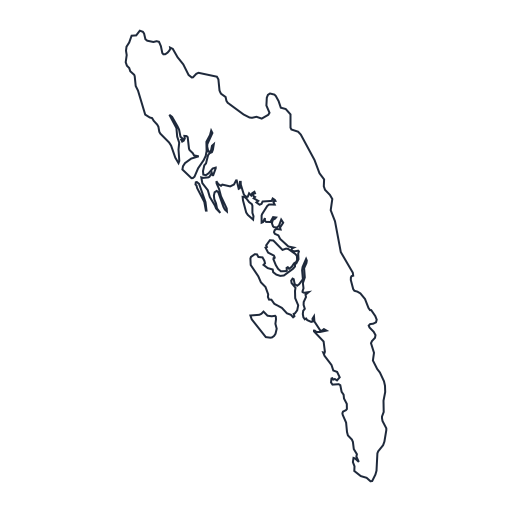 an SVG outline of Rakhine
{"feature_id": "MMR-3273", "entity_name": "Rakhine", "entity_type": "State", "adm_level": 1, "iso_a3": "MMR", "parent_name": "Myanmar", "parent_adm1": "", "projection": "robinson", "projection_center": [93.662, 19.414], "detail": "fine", "context": "isolated", "style": "outline", "palette": "slate", "viewbox_px": 512, "rotation_deg": 0, "n_neighbors": 0, "source": "natural_earth", "source_scale": "10m", "svg_char_len": 6081}
<svg xmlns="http://www.w3.org/2000/svg" viewBox="0 0 512 512"><path d="M163.4,54.3L165.3,54.2L167.6,52.6L169.4,50.5L170.3,48.7L170.1,47.6L172.8,48.9L177.6,57.3L183.3,64.4L188.6,75.0L191.8,77.5L193.0,77.3L196.3,73.8L198.5,72.8L216.9,76.7L218.4,79.4L219.5,90.5L220.3,92.4L221.1,93.8L225.6,97.0L226.4,100.8L227.7,102.8L243.6,114.5L249.5,117.5L252.0,117.8L256.5,116.8L261.7,118.6L268.3,114.8L269.5,112.8L266.4,105.5L266.8,97.7L267.9,94.9L270.0,93.5L274.4,94.6L275.8,96.0L278.6,101.1L280.8,107.7L285.7,109.0L290.5,114.4L290.5,127.7L291.4,129.5L298.1,131.7L300.8,134.6L314.5,160.0L319.5,173.3L324.1,179.4L323.8,186.3L325.0,189.8L329.9,194.9L332.3,199.0L330.7,210.2L335.0,221.3L340.8,252.1L352.8,272.7L353.2,275.7L351.6,276.1L350.9,277.4L350.8,280.0L353.2,289.1L354.4,290.8L357.3,291.6L360.4,293.4L365.0,299.0L368.5,308.0L370.0,310.1L371.2,310.1L375.3,316.1L376.7,319.7L376.0,322.3L373.2,323.7L370.1,324.1L368.7,325.6L369.5,327.5L373.7,331.8L375.5,335.1L375.0,337.8L372.0,341.0L371.0,343.2L374.0,352.8L372.9,360.5L377.2,369.0L379.9,372.5L384.0,381.3L385.0,385.8L385.2,392.0L383.5,400.7L383.7,412.0L382.0,416.5L382.0,418.2L382.5,421.0L386.3,428.3L386.3,430.2L384.4,441.6L383.1,445.2L378.2,451.3L377.4,453.3L376.5,470.7L375.4,474.6L372.2,481.0L370.5,481.3L366.6,477.8L360.8,476.1L354.3,471.0L354.5,466.3L352.9,462.1L353.5,457.9L355.1,458.5L358.8,461.9L356.4,456.6L356.9,454.2L353.8,449.1L352.9,441.9L351.9,439.6L347.9,435.4L347.0,432.0L346.1,422.6L342.7,414.8L342.4,413.2L343.0,411.6L345.9,410.2L346.9,409.0L346.8,403.9L344.0,398.5L343.6,394.7L341.6,391.8L340.3,385.2L338.7,384.2L332.5,384.6L331.0,382.4L331.5,378.5L332.3,378.2L333.3,379.6L334.8,379.0L337.0,380.4L339.7,377.3L337.1,371.9L333.3,370.5L331.5,365.0L324.5,355.8L323.2,352.5L324.5,352.9L324.9,351.8L323.6,341.5L314.0,331.4L314.0,330.6L314.7,330.6L316.5,332.0L320.0,332.0L326.5,330.6L323.9,329.1L321.6,330.9L320.1,330.2L314.4,321.5L314.0,316.3L312.5,318.7L312.7,321.5L311.2,321.9L307.2,320.1L306.1,318.5L304.8,319.3L303.4,317.3L302.8,314.0L303.2,310.8L304.8,308.8L303.6,304.9L303.7,302.0L306.0,297.0L305.5,294.7L308.7,292.1L304.2,292.8L302.6,292.1L302.5,291.3L303.5,288.3L302.9,283.1L304.8,277.4L304.1,268.2L306.4,263.1L306.8,260.6L306.1,258.9L302.6,267.0L302.1,270.2L302.9,279.2L299.2,284.2L297.2,285.7L294.7,284.2L293.7,279.2L292.6,278.6L291.2,280.7L291.6,283.1L295.5,287.8L295.0,290.9L295.2,298.2L298.2,305.3L297.2,310.3L295.0,313.3L293.7,313.9L294.4,316.3L293.1,317.3L290.9,314.8L286.9,313.3L281.9,307.9L274.3,303.8L271.4,299.7L269.0,299.6L267.9,296.9L268.2,294.4L265.5,287.0L260.9,282.3L258.3,276.3L250.7,265.0L250.4,258.5L251.0,256.9L254.8,254.2L257.0,254.4L258.4,257.0L262.5,257.4L264.4,260.8L265.0,263.3L263.5,264.9L267.7,268.1L272.7,269.5L273.2,272.2L276.3,274.6L280.3,275.9L283.9,275.5L293.0,268.8L295.0,266.5L295.0,264.1L296.3,263.4L298.5,259.2L298.2,253.6L298.9,251.4L298.2,250.7L294.6,251.3L292.4,250.9L291.5,249.7L292.0,248.4L293.7,247.6L288.4,246.5L280.1,238.9L278.4,235.4L274.8,233.8L274.0,232.1L274.7,230.1L276.4,229.0L280.6,229.5L280.0,227.6L283.2,222.7L281.2,219.6L279.0,225.7L276.9,227.5L274.0,227.2L273.0,226.3L271.9,223.2L272.8,219.9L275.0,218.7L276.0,217.5L273.1,217.1L270.4,222.0L266.1,221.9L264.9,220.8L264.9,218.1L263.0,222.1L261.6,222.7L261.6,215.5L262.1,214.1L267.3,205.9L269.1,204.5L274.7,204.6L273.5,202.1L273.9,201.1L275.4,200.9L274.8,199.9L272.7,198.5L271.7,200.9L262.6,201.5L261.5,203.9L259.6,204.7L256.4,202.4L258.2,200.9L253.7,198.3L255.0,197.0L253.5,196.2L253.1,194.9L253.5,193.7L255.0,193.3L254.4,191.8L252.2,193.2L251.2,195.5L249.1,193.3L247.8,196.7L246.8,197.0L244.6,195.5L243.7,194.1L240.8,184.6L240.7,181.9L240.0,181.9L239.7,188.3L238.7,188.8L236.7,180.4L236.1,180.4L234.0,184.5L230.2,186.4L222.3,184.6L221.0,185.8L218.2,184.0L216.4,181.2L216.6,183.4L219.0,188.8L221.0,196.3L226.7,208.5L226.9,211.4L224.9,209.6L223.4,206.8L218.3,192.3L216.7,190.9L214.6,192.3L213.9,195.6L214.3,199.3L216.0,203.4L217.0,208.4L220.3,212.9L216.1,208.5L214.9,205.5L209.8,197.0L207.8,190.2L202.3,183.1L201.3,177.4L203.1,177.9L208.2,177.4L209.4,176.8L211.8,172.9L212.5,175.2L213.2,175.2L215.7,168.3L215.7,167.6L212.7,168.5L208.7,173.2L205.9,175.2L203.3,174.6L203.0,171.1L204.3,165.3L206.0,163.4L208.1,155.1L209.6,153.2L211.9,152.2L212.9,149.7L213.8,144.2L212.0,145.8L211.1,150.2L209.9,151.8L208.3,151.5L207.2,146.6L207.3,144.2L212.4,133.0L211.2,130.6L210.0,135.1L206.4,141.8L206.6,151.1L205.7,155.9L203.7,160.1L198.1,168.3L194.5,176.7L192.8,178.1L191.5,178.2L182.4,169.5L183.0,166.2L185.0,163.1L191.2,158.6L198.7,156.3L194.0,155.4L192.8,153.2L189.6,150.1L189.0,148.7L187.7,137.2L186.6,136.1L184.4,135.9L184.8,138.4L183.7,140.7L182.2,141.6L181.2,139.7L183.1,139.0L180.5,136.8L179.1,129.7L177.6,126.5L172.1,116.9L169.4,114.8L176.4,128.0L177.2,136.6L179.2,142.7L178.5,149.5L179.3,160.9L178.5,163.1L175.3,157.7L171.1,145.6L169.1,142.5L160.3,133.6L159.3,131.8L158.4,126.7L157.2,124.6L153.7,120.8L152.1,118.1L149.8,117.5L145.2,114.6L138.0,90.6L135.7,86.0L134.7,76.2L134.2,74.8L130.3,71.3L129.2,68.0L126.9,65.7L125.7,62.2L126.7,55.1L126.0,50.7L126.5,46.7L129.2,42.5L131.6,35.7L136.2,35.4L139.8,30.7L142.9,31.8L144.1,33.6L145.4,39.2L147.2,40.7L153.4,42.0L156.6,41.2L159.0,41.8L160.9,46.2L162.3,53.0L163.4,54.3ZM296.9,255.9L297.1,259.7L296.4,261.8L294.0,263.4L291.8,266.7L289.1,268.8L287.8,267.2L286.6,267.9L286.8,270.6L286.0,271.1L280.9,271.3L278.1,268.9L275.8,265.1L273.4,259.2L273.6,258.1L274.5,258.1L274.7,257.4L273.9,255.6L268.1,252.6L265.5,247.6L266.9,247.0L266.2,245.3L269.9,240.2L273.3,240.5L282.5,249.9L286.1,248.6L288.3,249.0L295.5,254.1L296.9,255.9ZM275.4,323.8L276.7,328.7L275.5,333.8L274.1,335.9L272.1,337.4L270.4,337.7L265.8,337.1L251.7,319.3L250.4,315.5L259.3,314.8L261.4,313.8L263.5,311.6L267.5,315.7L271.7,316.3L275.1,315.8L275.8,316.6L276.0,319.3L275.4,323.8ZM252.4,212.9L253.5,216.2L253.1,219.6L247.8,214.9L246.2,212.5L243.0,200.4L242.6,196.8L244.5,197.0L246.4,198.5L249.1,202.1L251.8,204.1L252.4,205.7L252.4,212.9ZM199.1,183.9L205.5,202.1L206.5,210.6L205.9,210.6L204.3,201.9L197.1,188.0L196.5,185.5L195.5,184.5L195.8,182.3L196.8,182.0L199.1,183.9Z" fill="none" stroke="#1e293b" stroke-width="2"/></svg>